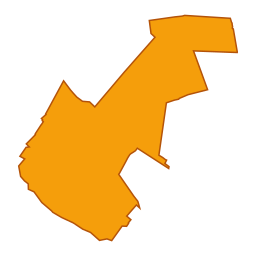 Savinesti, Neamt, Romania (Mercator projection)
{"feature_id": "2599482B38400448964387", "entity_name": "Savinesti", "entity_type": "district", "adm_level": 2, "iso_a3": "ROU", "parent_name": "Romania", "parent_adm1": "Neamt", "projection": "mercator", "projection_center": [26.487, 46.871], "detail": "fine", "context": "isolated", "style": "filled", "palette": "amber", "viewbox_px": 256, "rotation_deg": 0, "n_neighbors": 0, "source": "geoboundaries", "source_scale": "gbopen_adm2", "svg_char_len": 1295}
<svg xmlns="http://www.w3.org/2000/svg" viewBox="0 0 256 256"><path d="M111.7,240.6L113.3,238.4L122.1,226.1L126.6,226.3L128.6,223.3L128.4,222.8L130.9,219.7L126.7,216.1L136.4,205.0L139.7,208.0L138.7,204.3L137.8,201.3L133.9,196.3L118.7,174.3L118.8,174.1L119.5,173.2L125.8,161.6L127.7,157.9L129.8,154.6L130.7,153.8L133.1,152.3L135.5,150.7L137.3,148.2L168.7,168.5L169.0,166.6L164.9,163.5L166.6,160.1L165.1,159.4L162.7,157.5L158.9,155.2L166.4,102.8L174.5,100.1L178.7,99.2L179.3,98.4L188.0,94.7L207.6,89.7L193.5,50.9L237.2,52.5L237.3,52.1L233.3,28.9L232.8,28.8L232.4,28.4L232.3,28.0L232.6,26.9L232.1,24.1L232.1,23.2L231.5,22.2L230.3,18.3L184.6,15.4L182.3,16.1L174.8,16.9L149.3,20.5L151.0,33.5L155.0,37.2L124.2,72.2L94.8,106.9L89.6,101.9L82.5,101.3L76.8,97.1L73.0,92.9L70.5,90.0L63.6,80.8L46.6,112.2L45.6,114.0L46.0,114.5L43.7,116.5L41.4,118.5L42.6,119.8L42.2,120.6L43.3,121.7L41.4,124.6L41.2,124.7L35.4,133.6L35.1,134.3L35.4,134.7L26.3,143.9L27.3,144.9L28.2,145.9L29.0,146.7L29.2,146.9L28.5,147.0L27.6,147.2L26.1,147.3L25.0,148.9L19.9,156.3L24.7,158.9L20.6,163.7L18.7,166.0L20.6,176.4L24.5,180.9L28.2,183.8L28.4,189.3L34.0,191.8L41.8,202.5L51.5,210.8L52.9,212.4L61.7,217.5L73.3,222.9L82.8,229.2L90.5,232.4L99.5,240.4L107.0,238.9L111.7,240.6Z" fill="#f59e0b" stroke="#b45309" stroke-width="1.5"/></svg>